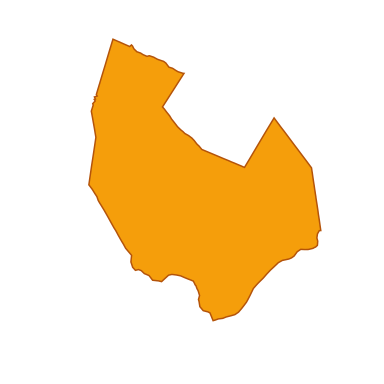 outline of Coetzala, Veracruz, Mexico, rotated 115°
{"feature_id": "50627088B57395168555845", "entity_name": "Coetzala", "entity_type": "district", "adm_level": 2, "iso_a3": "MEX", "parent_name": "Mexico", "parent_adm1": "Veracruz", "projection": "albers", "projection_center": [-96.922, 18.775], "detail": "fine", "context": "isolated", "style": "filled", "palette": "amber", "viewbox_px": 384, "rotation_deg": 115, "n_neighbors": 0, "source": "geoboundaries", "source_scale": "gbopen_adm2", "svg_char_len": 2943}
<svg xmlns="http://www.w3.org/2000/svg" viewBox="0 0 384 384"><g transform="rotate(115 192 192)"><path d="M172.5,59.0L168.7,61.5L163.3,65.0L158.7,68.1L156.0,69.8L151.0,73.1L148.5,74.8L144.3,77.6L144.2,77.6L141.4,79.5L139.1,81.0L138.1,81.7L134.4,84.1L132.2,85.6L127.5,88.7L123.5,91.3L122.8,91.8L119.6,93.9L114.9,102.6L114.0,104.3L109.9,112.0L108.4,114.8L106.3,118.8L104.8,121.6L103.3,124.4L100.6,129.4L97.6,135.0L96.8,136.6L95.5,139.1L92.1,145.4L90.2,148.9L104.9,150.5L117.8,151.8L137.0,153.7L147.5,154.8L147.6,156.5L147.6,158.4L147.7,160.2L147.8,163.2L147.9,166.0L148.1,169.2L148.1,171.6L148.4,177.4L148.6,183.3L148.8,188.5L148.9,191.1L149.3,201.1L147.4,205.0L146.7,207.2L146.3,208.2L144.4,211.8L143.1,215.1L142.8,216.7L142.3,218.9L142.0,223.2L141.1,225.7L140.4,228.5L139.6,230.8L139.3,231.7L138.9,232.8L136.6,237.2L135.8,238.8L134.5,241.4L132.4,244.5L130.4,248.6L129.5,250.3L128.6,251.9L127.4,254.7L120.0,253.7L87.9,249.4L88.3,250.6L88.3,250.9L88.9,255.5L88.6,258.7L88.5,259.0L88.1,261.9L88.6,265.7L86.4,269.8L86.2,270.1L85.6,272.9L85.8,274.5L86.2,278.3L86.3,279.4L86.1,282.6L86.0,283.7L86.2,285.4L86.5,288.1L87.1,289.0L88.1,290.1L88.1,291.0L88.2,294.4L87.8,297.3L88.2,301.4L88.1,301.7L87.6,302.7L87.4,303.5L86.8,305.1L85.9,306.3L84.9,307.5L84.3,309.0L86.5,310.0L86.9,328.2L97.6,326.7L105.1,325.6L109.8,324.9L113.0,324.4L122.9,323.0L129.1,322.1L133.0,321.5L134.6,321.3L136.6,321.0L144.1,319.9L144.3,319.6L145.1,318.5L147.1,320.6L148.6,318.8L149.4,319.7L150.4,318.2L150.7,318.3L151.0,318.4L153.9,319.3L154.9,318.3L161.3,317.4L167.8,312.8L170.1,311.2L175.5,307.4L179.9,304.4L183.1,302.2L191.1,299.8L199.2,297.4L211.2,293.9L229.1,288.5L231.8,283.4L234.5,279.3L236.4,276.2L239.3,273.4L241.0,271.0L242.6,268.5L245.6,264.0L249.7,258.2L254.6,251.5L257.4,247.6L259.0,245.1L260.3,243.3L262.5,240.4L264.2,238.0L264.5,237.6L266.4,234.9L268.2,232.2L271.1,228.3L271.4,227.6L274.4,221.1L274.9,220.0L279.8,218.3L281.2,217.8L284.7,214.5L285.3,214.0L286.9,210.2L284.9,207.7L284.7,204.7L286.1,200.7L286.0,199.4L285.9,195.6L288.2,191.2L288.6,190.4L287.4,186.8L286.7,184.8L286.1,181.7L277.3,178.1L275.2,175.4L273.8,171.1L272.8,166.9L272.7,162.7L272.5,158.6L272.3,155.8L272.2,153.1L274.1,150.7L274.8,150.0L275.2,148.9L277.6,146.5L278.8,144.8L282.6,141.4L286.7,140.7L288.3,139.3L290.7,137.7L292.6,136.4L292.7,136.2L294.8,131.7L294.4,129.5L294.3,128.9L293.9,126.8L294.0,124.6L296.5,121.9L299.7,118.5L298.4,117.0L295.9,114.5L293.5,110.7L290.8,108.2L287.7,104.4L285.0,101.3L281.3,99.1L276.7,97.8L273.2,97.0L268.9,96.1L266.0,95.9L260.9,95.7L253.5,95.6L249.0,94.3L246.8,93.6L244.3,92.7L240.9,91.4L239.4,90.9L234.5,89.5L233.0,89.0L229.6,87.9L228.2,87.3L225.0,86.0L219.8,84.0L219.0,83.5L215.8,81.2L213.7,78.4L211.8,75.9L209.7,74.0L206.9,72.4L201.7,71.4L198.0,69.2L196.5,65.5L195.0,62.4L192.0,58.6L190.6,57.6L189.6,56.7L187.4,55.8L186.0,56.3L183.4,57.3L182.2,58.3L180.9,59.4L176.9,60.6L173.2,60.3L172.5,59.0Z" fill="#f59e0b" stroke="#b45309" stroke-width="1.5"/></g></svg>